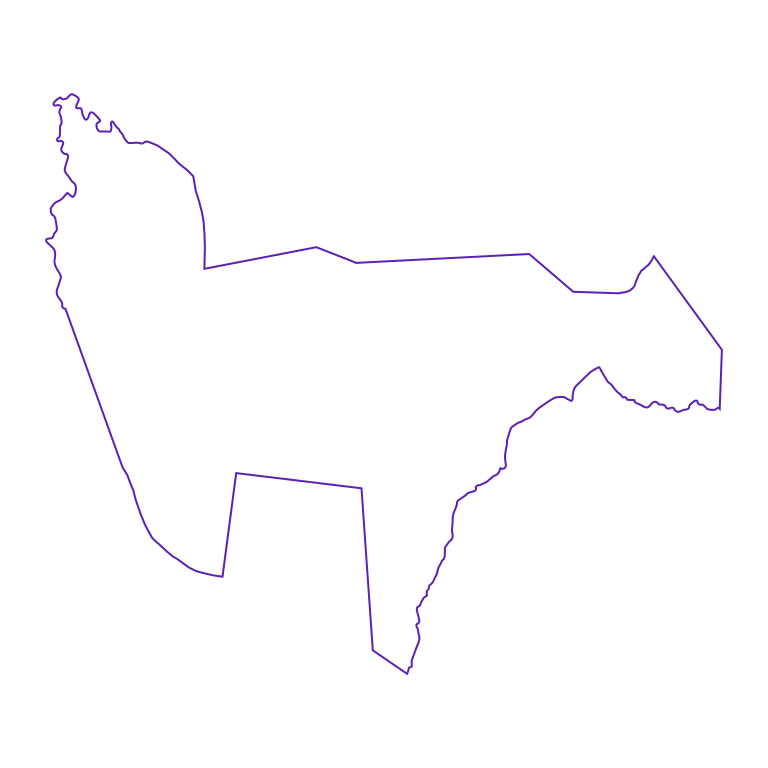 outline of Chinacla, La Paz, Honduras
{"feature_id": "27666195B76416581203448", "entity_name": "Chinacla", "entity_type": "district", "adm_level": 2, "iso_a3": "HND", "parent_name": "Honduras", "parent_adm1": "La Paz", "projection": "natural_earth1", "projection_center": [-87.961, 14.181], "detail": "fine", "context": "isolated", "style": "outline", "palette": "violet", "viewbox_px": 768, "rotation_deg": 0, "n_neighbors": 0, "source": "geoboundaries", "source_scale": "gbopen_adm2", "svg_char_len": 5927}
<svg xmlns="http://www.w3.org/2000/svg" viewBox="0 0 768 768"><path d="M719.7,408.8L721.9,349.8L653.9,256.3L652.9,257.8L651.7,260.3L650.4,262.4L648.5,264.8L643.1,269.4L641.4,270.6L638.3,275.8L636.7,279.7L634.6,285.6L633.1,287.8L629.6,290.7L625.6,292.2L620.6,292.8L618.9,293.3L573.3,291.8L529.2,254.0L356.1,262.9L350.6,260.6L316.3,247.2L204.4,268.8L204.9,246.9L204.5,234.5L203.6,221.6L201.9,212.1L199.1,201.5L195.7,190.6L193.3,176.3L187.4,170.3L178.9,163.5L173.1,157.4L168.9,153.3L158.1,146.0L156.7,145.2L149.7,142.3L147.2,141.4L144.8,142.0L143.0,143.3L142.1,143.5L140.8,143.4L138.2,142.8L136.8,142.7L129.0,143.1L127.8,142.5L126.8,141.6L124.7,138.8L123.5,136.7L122.5,134.2L120.3,131.9L118.7,128.9L117.1,127.7L116.6,127.0L115.7,125.9L113.1,122.1L112.6,121.6L112.1,121.5L111.7,121.7L111.4,122.2L111.1,122.9L111.0,124.5L111.4,126.9L111.4,128.2L111.0,130.3L110.4,131.5L109.4,131.7L103.7,131.4L100.9,131.6L99.7,131.4L99.0,131.1L98.0,130.2L97.3,129.0L96.6,126.9L96.4,124.9L96.6,123.9L97.0,123.3L100.1,121.1L100.1,120.6L99.6,119.5L97.3,116.9L94.1,113.6L92.8,112.7L91.3,112.3L90.5,112.5L89.9,113.2L89.2,114.5L88.3,117.4L87.2,119.0L86.7,119.4L86.2,119.7L85.5,119.6L85.1,119.3L84.1,118.0L82.9,115.3L82.4,113.7L81.9,110.7L81.1,108.5L80.6,108.3L77.1,108.2L76.6,108.1L76.3,107.7L76.1,106.8L76.3,105.8L77.5,102.8L78.7,100.3L78.8,99.2L78.5,98.2L78.0,97.6L76.4,96.4L74.4,95.2L72.2,94.2L71.2,94.3L69.3,95.7L67.0,98.3L66.2,98.7L64.6,99.1L63.3,99.3L62.3,99.2L60.3,97.5L57.7,99.0L55.8,100.5L54.2,102.1L53.5,103.5L53.4,104.1L53.6,104.7L54.2,105.4L55.6,105.6L57.4,105.1L58.9,105.2L60.4,105.8L60.9,106.2L61.2,106.7L61.2,107.3L61.0,107.9L60.1,109.0L59.7,109.9L59.3,112.1L59.5,113.4L60.6,116.0L61.3,119.3L61.6,121.3L61.5,123.3L61.3,124.2L60.3,125.5L60.0,126.4L60.1,131.3L59.7,136.1L59.1,137.4L57.9,138.1L57.3,138.8L57.0,139.4L57.0,140.0L57.4,140.8L58.3,141.2L59.1,141.3L60.6,140.8L61.7,141.1L62.6,141.7L63.1,142.6L63.2,143.6L61.3,148.6L61.2,149.6L61.5,150.6L62.4,152.2L63.9,153.5L64.9,154.0L66.4,154.0L67.1,154.3L67.8,155.1L68.2,156.2L68.1,156.9L67.7,158.6L65.0,167.8L64.7,169.8L64.8,170.9L65.2,171.8L65.9,173.1L68.4,176.2L71.5,180.8L72.4,181.8L74.0,183.1L74.9,184.2L75.7,185.9L75.9,188.3L75.7,191.1L75.2,193.4L74.4,195.4L73.5,196.5L72.8,196.9L72.2,196.8L71.2,196.1L67.8,193.2L67.2,193.1L65.3,195.0L62.9,197.9L61.9,198.9L59.4,200.6L55.9,202.3L54.5,203.4L52.1,206.1L51.1,207.8L50.7,209.0L50.8,211.2L51.0,212.4L51.5,213.7L52.3,214.9L53.6,215.6L54.0,216.0L54.8,217.3L55.4,218.9L56.5,225.2L56.9,229.8L56.6,230.4L56.0,231.4L54.0,233.8L53.5,235.8L53.0,236.8L52.4,237.6L51.7,238.1L50.9,238.3L47.0,238.9L46.2,239.6L46.1,240.6L46.4,241.4L47.0,242.4L53.0,248.0L53.9,249.1L54.5,250.3L55.0,252.0L55.2,254.0L55.1,257.0L54.4,260.7L54.5,262.2L54.8,263.9L55.2,265.3L56.0,267.3L57.4,269.9L59.8,273.7L60.4,274.9L60.9,276.5L60.9,277.7L60.5,279.2L56.9,290.0L56.7,292.1L56.8,293.7L57.2,295.1L58.0,296.6L61.0,300.9L62.1,303.1L62.3,304.3L62.1,306.1L62.3,307.0L63.6,308.3L64.4,308.6L65.4,308.6L122.5,467.2L127.4,475.2L129.9,482.1L133.3,490.4L135.7,499.8L140.7,514.3L145.2,525.2L152.2,538.0L156.3,541.9L160.8,545.8L166.9,551.5L173.0,556.6L177.1,558.9L188.9,567.5L196.2,571.1L202.3,572.8L211.6,575.0L216.1,575.8L222.5,576.7L236.2,473.1L361.5,488.3L372.8,650.4L407.1,673.8L408.2,670.8L409.0,667.8L409.3,667.5L411.7,666.6L411.8,663.7L411.6,660.9L416.0,648.7L418.4,642.9L419.4,639.6L419.4,637.6L418.4,632.8L418.1,630.4L417.6,628.7L416.6,626.7L416.4,625.6L416.4,624.9L416.7,624.3L417.0,624.0L417.9,623.6L418.6,622.9L419.2,622.2L419.3,621.5L419.1,619.6L418.3,615.8L416.9,610.8L416.8,609.3L416.9,608.2L417.2,607.5L417.6,606.9L418.2,606.6L419.1,606.3L419.9,605.5L420.3,604.7L420.7,603.3L423.5,598.0L426.9,595.5L426.7,591.5L428.9,588.5L428.9,587.1L429.2,585.7L432.1,583.1L433.2,581.4L436.8,573.9L437.9,569.6L438.7,567.0L440.4,564.2L441.9,560.9L442.4,560.2L443.6,559.3L444.3,557.9L444.8,555.3L444.9,550.1L445.0,547.7L445.2,547.2L448.8,542.0L451.1,540.0L451.8,539.1L452.3,538.0L452.6,536.7L452.6,534.7L451.9,530.3L452.6,522.7L452.7,518.7L453.0,515.4L453.5,513.4L456.6,505.4L456.8,504.3L457.0,502.6L457.2,501.9L457.7,501.0L458.5,500.2L465.6,495.3L468.0,493.0L474.7,491.0L475.6,490.1L476.0,489.3L476.0,488.7L475.7,487.7L475.8,487.1L476.2,486.4L476.9,485.8L478.2,485.3L480.2,485.0L487.0,481.7L493.0,476.5L495.5,475.3L497.1,474.4L498.2,473.3L499.0,472.1L499.7,470.3L500.3,468.3L501.6,468.8L503.0,468.8L504.2,468.3L505.2,467.4L505.7,466.4L505.9,465.1L505.1,459.1L505.0,455.8L505.5,451.8L506.8,445.1L507.0,440.8L507.4,439.1L509.6,432.0L510.9,428.3L511.5,427.4L513.8,425.6L518.1,422.8L521.1,421.8L525.3,419.4L528.4,418.3L529.8,417.6L530.8,416.8L532.5,415.0L535.7,411.0L539.2,407.8L548.9,401.1L554.2,398.0L555.6,397.5L558.1,397.1L560.8,396.9L563.4,397.0L564.4,397.3L570.8,400.8L571.2,400.9L571.6,400.7L572.3,399.9L572.6,398.9L572.7,397.9L572.6,395.4L573.4,391.2L574.3,388.5L575.5,386.5L590.6,371.9L595.5,368.9L598.9,367.2L599.3,367.4L599.9,368.2L602.3,372.7L607.6,381.5L608.4,382.3L610.1,383.6L611.4,384.7L614.4,388.6L616.7,391.3L617.8,392.4L620.6,394.5L621.7,396.2L622.3,396.9L623.1,397.3L624.5,397.1L625.6,397.4L626.3,398.1L627.0,399.5L627.6,399.8L634.3,400.1L634.6,400.5L634.6,401.7L635.0,402.3L637.1,403.4L640.9,405.0L643.6,406.6L644.9,407.2L646.6,407.5L648.2,407.1L649.9,405.7L651.5,403.7L652.6,402.7L653.9,401.9L655.3,401.8L656.2,402.0L657.4,402.6L657.9,403.1L658.6,404.1L659.0,404.4L661.8,404.6L663.8,405.0L664.8,405.4L665.3,405.9L665.7,407.1L666.0,407.6L666.7,408.1L667.6,408.5L669.0,408.6L670.7,407.9L671.5,407.7L673.3,407.9L674.0,408.4L674.6,409.8L675.5,410.7L677.1,411.7L678.2,411.9L680.2,411.3L683.3,409.9L685.8,409.6L688.0,408.9L688.8,408.0L689.5,405.6L690.6,404.0L693.6,401.6L695.2,400.7L696.0,400.5L696.8,400.7L697.3,401.1L697.5,401.5L697.6,402.8L698.5,403.9L699.5,404.5L700.3,404.8L702.2,404.6L702.9,404.9L704.9,406.5L706.6,408.5L707.8,409.2L711.1,409.9L714.5,409.8L715.8,409.4L717.3,408.1L718.3,407.8L719.1,408.1L719.7,408.8Z" fill="none" stroke="#5b21b6" stroke-width="2"/></svg>